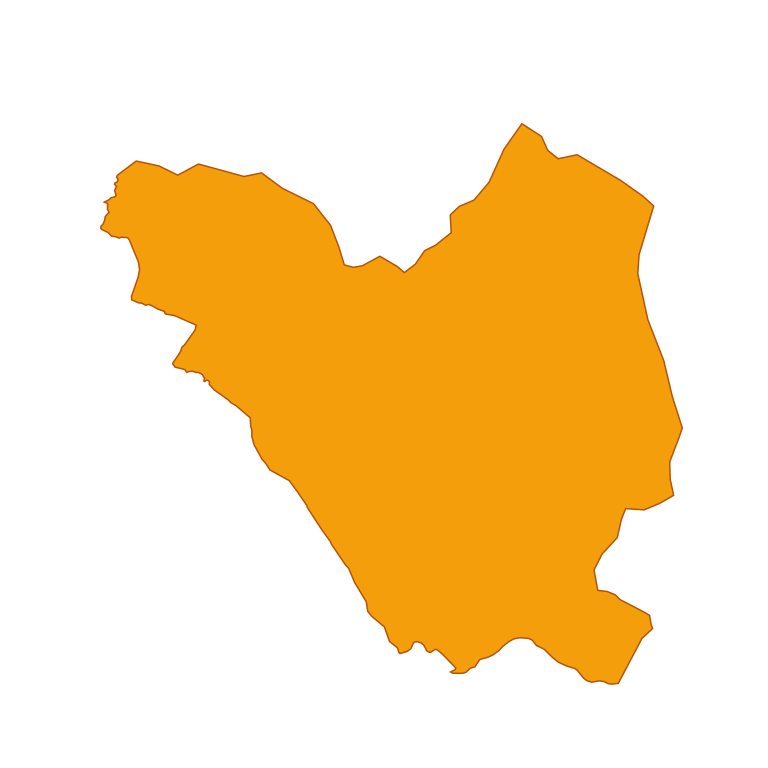 Manyu, Sud-Ouest, Cameroon (Albers equal-area conic projection), rotated 278°
{"feature_id": "32672807B1261524164639", "entity_name": "Manyu", "entity_type": "district", "adm_level": 2, "iso_a3": "CMR", "parent_name": "Cameroon", "parent_adm1": "Sud-Ouest", "projection": "albers", "projection_center": [9.296, 5.93], "detail": "fine", "context": "isolated", "style": "filled", "palette": "amber", "viewbox_px": 768, "rotation_deg": 278, "n_neighbors": 0, "source": "geoboundaries", "source_scale": "gbopen_adm2", "svg_char_len": 2878}
<svg xmlns="http://www.w3.org/2000/svg" viewBox="0 0 768 768"><g transform="rotate(278 384 384)"><path d="M552.6,90.5L551.7,90.4L549.7,92.1L547.2,91.9L545.6,89.5L544.2,89.3L542.5,91.6L539.2,90.6L538.3,90.3L533.5,92.4L532.1,91.6L530.3,87.7L528.0,85.8L525.2,81.7L524.3,85.2L521.1,85.5L518.5,85.8L515.9,87.8L511.1,84.7L506.7,84.5L503.2,83.5L500.9,81.8L498.7,81.9L497.7,83.0L495.6,89.7L492.5,93.5L492.5,97.8L491.6,101.4L492.9,103.6L493.2,109.7L492.4,110.6L491.5,111.6L482.3,117.0L470.5,123.9L463.2,126.0L456.0,125.7L449.1,124.4L435.4,121.7L432.2,122.4L430.5,128.8L430.1,130.3L430.4,132.6L428.8,136.9L430.0,140.1L429.3,143.0L426.7,149.6L425.3,156.5L423.3,157.4L422.9,158.3L422.8,158.6L422.7,163.2L422.6,167.0L416.1,190.0L411.0,189.3L395.3,181.2L392.2,178.7L388.2,178.1L382.9,175.7L375.7,172.1L374.4,172.0L371.6,174.8L370.6,184.7L368.1,187.0L369.3,189.5L370.0,192.9L369.3,196.2L369.6,198.8L367.9,203.1L366.0,204.2L365.8,204.6L365.4,205.4L361.8,205.2L361.5,206.1L363.1,207.8L363.2,209.0L362.0,210.8L359.3,211.0L354.5,216.7L346.8,231.6L344.0,235.4L342.0,240.4L331.9,256.2L326.6,257.3L323.6,257.9L319.7,259.6L313.7,260.4L305.7,263.8L292.5,273.7L288.6,278.2L282.9,283.1L278.9,293.8L275.2,303.5L266.7,311.9L252.6,324.8L251.1,325.2L235.7,338.6L232.6,341.3L220.8,352.5L217.6,354.6L199.2,371.3L196.7,374.6L192.1,377.3L187.8,379.9L183.7,382.3L165.8,396.8L156.7,399.5L152.3,404.1L143.5,418.2L129.8,425.3L124.6,434.1L120.2,436.1L119.3,437.4L122.5,444.3L125.5,447.4L131.6,449.1L132.9,450.5L133.5,452.8L132.7,456.9L131.2,459.5L125.9,463.4L125.0,464.9L124.6,467.3L128.3,471.6L128.2,473.7L124.6,479.5L112.7,494.7L111.1,494.3L108.1,490.0L107.1,492.4L107.6,496.1L108.5,502.1L109.8,505.2L110.2,505.5L114.6,509.1L116.6,513.4L124.5,517.2L127.8,524.8L130.9,529.6L136.2,535.1L140.8,538.2L145.9,543.1L146.5,543.8L149.7,548.1L151.7,553.9L152.2,562.5L151.0,566.5L146.2,571.5L143.8,579.3L136.6,589.0L132.8,595.4L131.7,599.0L130.1,604.4L128.9,612.2L127.6,615.0L120.5,622.6L118.5,626.0L117.6,631.0L120.1,639.0L119.9,643.4L118.5,647.6L118.5,651.6L120.2,657.7L167.8,674.8L179.2,684.0L182.6,682.2L191.7,679.2L193.8,674.7L203.4,647.6L207.4,642.4L209.6,633.8L209.4,624.4L229.0,617.9L231.5,618.7L246.0,623.6L251.1,627.2L264.4,636.4L282.9,637.9L294.2,640.7L295.6,659.2L304.1,673.5L314.1,686.3L329.7,680.6L346.7,677.8L372.5,683.7L379.4,685.0L382.0,685.5L411.6,671.3L446.0,657.8L484.3,636.4L528.7,619.9L547.6,618.6L597.8,626.3L606.0,614.3L618.4,590.3L620.2,586.0L637.9,543.3L631.3,525.1L638.1,513.7L651.1,505.5L660.9,484.3L633.3,470.2L598.5,460.0L578.7,447.6L570.3,433.8L560.6,426.1L543.2,429.5L528.7,415.9L521.7,405.7L507.1,398.4L497.2,388.7L502.2,380.8L509.9,362.1L498.1,346.2L495.3,337.5L496.4,328.1L513.1,320.4L533.7,309.0L552.8,289.0L563.6,256.2L576.0,233.4L570.0,216.5L576.0,169.6L562.1,150.7L568.6,130.8L570.3,107.6L563.0,100.3L554.4,91.6L552.6,90.5Z" fill="#f59e0b" stroke="#b45309" stroke-width="1.5"/></g></svg>